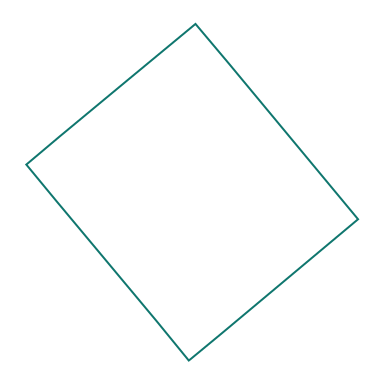 Barron, Wisconsin, United States of America (Robinson projection), rotated 50°
{"feature_id": "52423323B47194785340337", "entity_name": "Barron", "entity_type": "district", "adm_level": 2, "iso_a3": "USA", "parent_name": "United States of America", "parent_adm1": "Wisconsin", "projection": "robinson", "projection_center": [-91.799, 45.423], "detail": "fine", "context": "isolated", "style": "outline", "palette": "teal", "viewbox_px": 384, "rotation_deg": 50, "n_neighbors": 0, "source": "geoboundaries", "source_scale": "gbopen_adm2", "svg_char_len": 349}
<svg xmlns="http://www.w3.org/2000/svg" viewBox="0 0 384 384"><g transform="rotate(50 192 192)"><path d="M319.6,82.3L116.6,81.2L65.5,81.3L64.9,169.4L64.4,257.6L64.5,301.3L111.7,301.7L115.4,301.7L267.9,302.1L311.9,302.7L312.5,302.7L313.6,302.7L319.0,302.8L319.1,301.0L319.4,259.0L319.6,82.3Z" fill="none" stroke="#0f766e" stroke-width="2"/></g></svg>